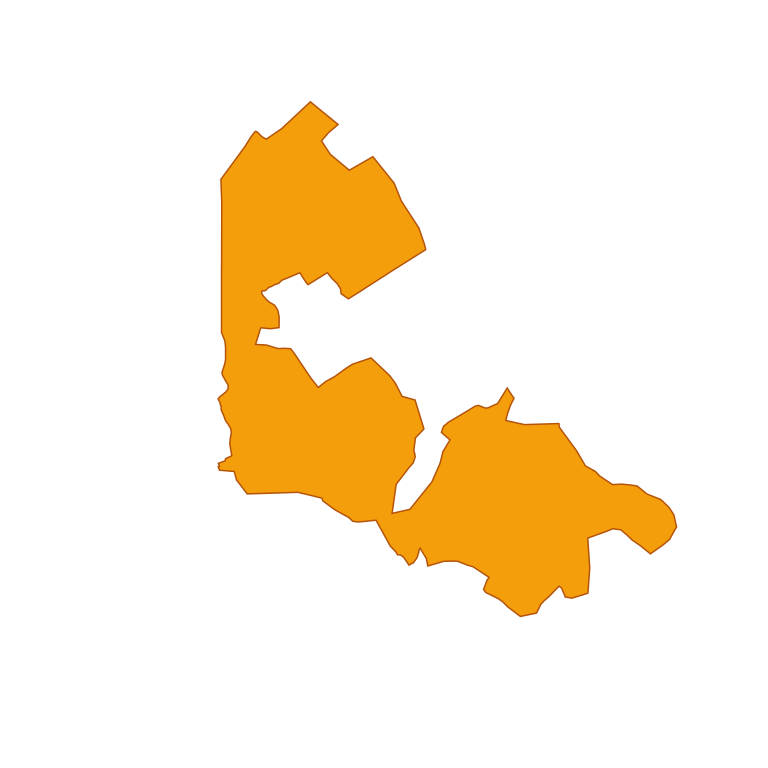 outline of Makoda, Kano, Nigeria, rotated 330°
{"feature_id": "59680162B1898458611197", "entity_name": "Makoda", "entity_type": "district", "adm_level": 2, "iso_a3": "NGA", "parent_name": "Nigeria", "parent_adm1": "Kano", "projection": "orthographic", "projection_center": [8.472, 12.427], "detail": "fine", "context": "isolated", "style": "filled", "palette": "amber", "viewbox_px": 768, "rotation_deg": 330, "n_neighbors": 0, "source": "geoboundaries", "source_scale": "gbopen_adm2", "svg_char_len": 3051}
<svg xmlns="http://www.w3.org/2000/svg" viewBox="0 0 768 768"><g transform="rotate(330 384 384)"><path d="M434.5,659.1L439.8,663.5L456.0,667.1L470.2,646.2L481.2,623.8L483.4,619.3L501.1,622.5L509.8,623.8L516.2,628.7L518.9,636.2L520.9,643.3L524.9,651.6L529.8,664.3L545.0,662.9L553.6,661.4L564.0,655.1L565.8,654.3L569.3,643.2L569.6,642.4L569.2,633.6L566.0,622.5L556.8,610.9L552.2,598.9L546.6,594.4L539.5,589.4L531.6,585.4L524.9,571.8L523.3,565.3L517.5,555.7L517.4,538.3L514.2,508.9L515.7,505.7L485.5,489.5L477.4,482.2L471.2,476.5L476.7,470.9L483.3,465.4L489.5,461.3L489.1,457.9L488.7,449.1L472.6,457.7L461.7,456.6L459.4,455.2L455.2,449.8L451.8,448.8L436.4,449.1L420.7,449.3L414.3,450.5L409.5,454.6L413.2,465.4L401.3,472.0L392.9,480.7L376.6,492.7L343.8,505.5L326.3,500.1L344.5,476.9L363.9,468.9L369.9,466.9L374.6,462.7L375.9,459.3L376.6,456.5L384.4,446.3L396.1,442.9L402.9,413.4L393.5,403.8L394.2,388.7L393.1,379.6L385.8,354.9L366.6,351.1L359.2,351.4L345.0,352.9L334.4,352.7L334.3,352.8L325.3,354.1L323.6,342.2L321.7,314.0L320.8,306.7L315.2,303.1L310.0,300.4L301.6,291.4L292.5,285.5L305.4,273.7L313.2,279.3L321.3,282.7L326.7,273.6L328.9,267.2L328.7,261.2L325.5,255.5L324.3,251.7L324.1,250.1L323.7,248.8L323.4,246.7L323.4,244.9L324.0,243.0L325.5,242.5L326.7,243.4L328.2,243.8L329.6,243.4L330.7,243.1L331.8,242.8L332.9,242.8L334.1,242.9L335.2,243.3L336.5,243.2L338.1,243.3L339.4,243.3L340.7,243.7L341.9,244.0L343.2,244.1L347.4,243.1L366.7,245.6L367.3,256.9L367.9,260.0L390.6,259.2L391.6,266.3L393.7,273.9L393.9,279.9L392.0,284.4L395.8,292.4L410.3,291.9L417.0,291.5L434.1,290.7L450.7,289.9L487.3,288.5L488.8,283.5L492.2,266.5L490.8,239.9L490.5,234.2L493.2,215.2L488.0,181.6L460.8,181.5L452.3,158.2L451.4,142.2L461.6,138.6L474.0,136.3L461.3,102.8L423.0,111.7L404.4,113.1L401.9,108.7L400.2,102.3L398.9,100.9L392.9,103.2L382.1,108.9L345.1,125.2L334.3,145.6L304.7,196.6L297.8,208.3L269.0,258.2L267.8,266.9L265.4,272.5L261.8,278.8L258.7,284.1L256.2,286.8L253.2,289.7L251.1,291.4L249.5,292.9L248.5,295.7L248.4,301.8L248.5,306.6L246.7,310.2L243.3,311.7L239.6,312.4L235.6,312.9L232.9,313.9L232.7,316.5L232.8,318.1L231.9,319.9L231.7,322.1L230.7,323.7L230.0,325.5L229.3,332.0L228.6,335.1L228.5,337.2L228.9,340.5L228.9,344.2L228.9,346.2L227.3,350.0L223.2,354.9L220.4,359.0L216.3,370.0L209.5,369.5L207.9,371.1L200.9,369.9L200.4,373.0L199.1,372.7L198.7,374.7L198.4,376.3L198.7,376.6L210.6,384.9L208.3,393.4L210.6,410.7L213.2,412.2L255.2,434.7L273.1,451.7L272.6,454.6L277.7,466.5L279.8,470.4L286.7,481.9L288.3,487.2L291.9,490.1L296.7,492.5L305.7,496.5L309.0,498.0L308.4,527.6L310.3,535.1L310.4,538.8L312.8,540.2L314.4,544.0L315.1,553.4L317.6,553.3L320.0,553.6L325.4,551.1L326.7,550.1L330.5,546.5L331.1,545.4L333.2,544.3L333.4,556.4L330.9,563.5L347.0,567.4L352.9,570.5L359.0,574.2L365.5,582.3L369.8,586.9L378.3,604.0L374.9,605.6L367.5,611.7L367.9,615.5L375.5,626.8L378.0,632.2L379.7,638.8L385.9,653.5L401.6,658.6L409.9,653.1L411.9,652.6L413.6,652.0L416.1,651.4L420.0,650.7L434.5,646.6L435.8,649.6L434.5,659.1Z" fill="#f59e0b" stroke="#b45309" stroke-width="1.5"/></g></svg>